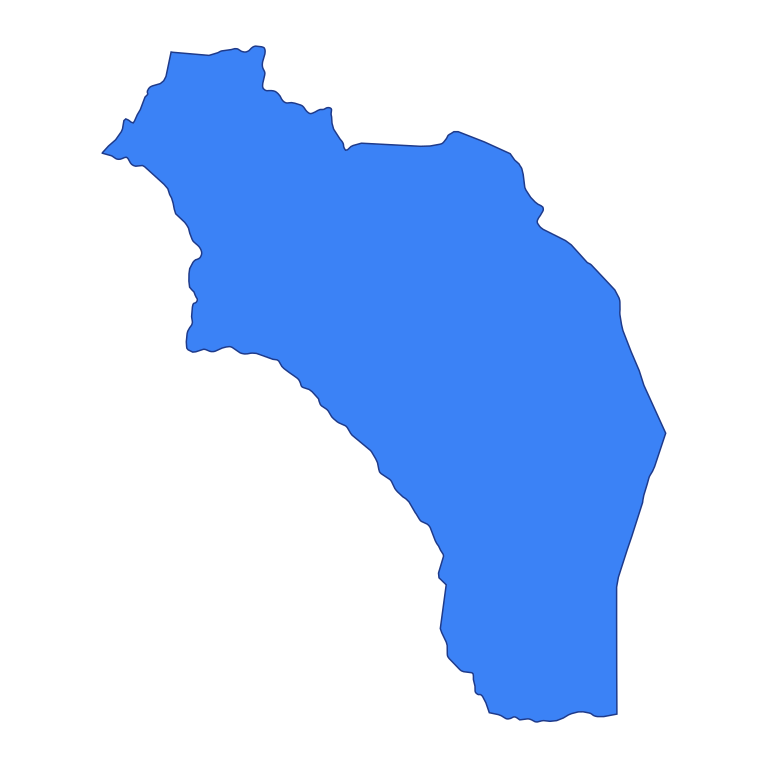 an SVG outline of La Rioja
{"feature_id": "ARG-1302", "entity_name": "La Rioja", "entity_type": "Province", "adm_level": 1, "iso_a3": "ARG", "parent_name": "Argentina", "parent_adm1": "", "projection": "natural_earth1", "projection_center": [-67.822, -29.835], "detail": "fine", "context": "isolated", "style": "filled", "palette": "blue", "viewbox_px": 768, "rotation_deg": 0, "n_neighbors": 0, "source": "natural_earth", "source_scale": "10m", "svg_char_len": 5651}
<svg xmlns="http://www.w3.org/2000/svg" viewBox="0 0 768 768"><path d="M133.2,122.9L134.4,121.2L137.3,114.7L140.3,109.6L145.0,97.1L147.6,94.5L147.7,93.3L147.3,92.3L147.4,91.0L148.7,88.5L150.3,86.9L152.4,85.9L160.3,83.6L163.7,80.8L166.0,76.4L171.1,52.0L172.9,52.3L209.0,55.4L217.9,52.7L220.5,51.3L221.8,50.9L231.2,49.6L234.6,48.7L236.0,48.7L237.1,48.8L238.0,49.1L240.9,51.0L242.0,51.5L244.1,52.0L245.3,52.0L246.3,51.9L248.4,51.0L249.0,50.6L250.1,49.5L251.1,48.4L252.7,47.1L254.2,46.4L255.6,46.1L261.7,46.8L263.2,47.3L264.1,47.8L264.5,48.5L264.8,49.2L265.0,50.0L265.1,50.9L265.1,51.8L264.9,53.9L262.7,61.5L262.5,62.6L262.3,64.5L262.4,66.3L262.8,68.0L263.1,68.7L264.5,71.5L264.7,72.2L264.9,73.1L264.8,74.0L264.7,75.0L262.8,83.2L262.6,85.3L262.6,86.2L262.7,87.1L263.2,88.3L263.2,88.5L263.5,88.8L265.2,90.2L266.3,90.6L267.3,90.7L268.9,90.6L271.4,90.6L273.5,90.9L274.8,91.3L275.7,91.7L277.0,92.7L278.2,93.8L280.1,96.1L281.5,98.9L282.7,100.6L284.1,101.9L285.2,102.5L286.3,102.9L287.2,103.0L291.4,102.6L294.8,103.2L300.6,105.0L301.9,105.6L302.6,106.1L303.7,107.2L305.0,109.0L305.4,109.7L306.9,111.5L308.6,112.9L309.8,113.5L310.9,113.6L312.4,113.2L315.1,112.0L317.7,110.5L319.8,109.6L320.5,109.5L322.6,109.5L324.0,109.3L326.1,108.1L327.1,107.7L328.9,107.6L330.3,108.0L331.1,108.6L331.5,109.4L331.5,110.3L331.1,113.5L331.1,114.4L331.6,116.9L332.0,123.2L333.5,128.7L333.8,129.4L340.0,139.0L342.0,141.4L342.8,142.7L343.1,143.4L343.4,144.2L343.7,146.7L344.3,148.3L345.5,150.2L347.5,149.8L350.9,146.6L353.1,145.5L361.4,143.2L420.4,146.3L430.1,146.0L440.1,144.2L441.9,143.6L443.1,142.7L444.1,141.6L446.4,138.6L447.0,137.6L447.3,136.9L447.7,136.1L448.1,135.4L448.6,135.0L449.4,134.4L450.9,133.6L453.9,131.7L458.2,131.7L484.3,141.9L510.2,153.7L514.7,160.1L519.0,163.9L520.1,165.9L521.1,167.3L521.6,168.2L521.9,169.0L523.2,174.5L524.8,187.5L526.0,190.2L530.7,197.4L535.0,201.9L537.4,203.8L538.1,204.3L541.0,205.7L542.8,207.1L543.1,207.9L543.3,209.2L543.2,210.2L542.8,211.2L540.3,215.5L539.2,217.0L538.5,218.1L537.5,220.1L537.2,221.4L537.3,222.4L537.5,223.2L539.5,226.2L540.7,227.5L543.2,229.4L565.5,240.6L571.3,244.9L587.3,262.6L590.1,264.0L591.3,264.9L614.8,289.9L619.0,297.9L619.7,300.3L619.9,302.0L620.0,309.6L619.8,312.5L619.9,314.6L621.5,324.5L622.9,330.5L631.2,351.9L639.2,370.6L643.9,385.3L665.7,433.2L654.6,466.6L652.5,471.3L649.7,475.9L649.0,477.6L647.2,484.1L643.8,495.3L642.9,500.0L642.6,502.5L631.7,536.6L629.0,544.5L627.2,549.8L618.4,577.2L616.6,587.1L616.6,615.2L616.7,671.4L616.9,714.1L603.7,716.6L597.5,716.6L595.4,716.2L594.3,715.8L593.4,715.4L591.4,713.9L590.7,713.5L589.3,713.0L583.1,711.8L578.2,711.9L571.6,713.6L568.6,714.8L563.3,718.0L556.7,720.6L550.0,721.3L543.6,720.6L541.8,720.8L537.6,721.9L536.1,721.9L535.0,721.7L531.5,719.8L529.6,719.1L528.3,718.9L527.3,718.9L520.4,719.8L519.6,719.8L519.4,719.6L516.7,717.7L515.3,717.0L514.3,716.9L513.4,717.0L510.6,718.4L508.4,718.9L507.2,718.9L506.2,718.7L504.9,718.0L501.2,715.7L498.3,714.6L489.3,712.7L485.9,702.8L482.5,696.3L481.2,695.0L480.1,694.5L479.3,694.6L478.4,694.6L477.3,694.1L475.9,692.9L475.3,691.9L475.1,690.9L475.0,686.2L473.4,679.5L473.4,678.6L473.4,676.0L473.1,673.9L472.4,673.1L471.5,672.7L463.7,671.7L462.0,671.1L461.2,670.7L459.9,669.7L449.2,658.6L448.1,657.1L447.5,655.8L447.3,654.1L447.2,645.5L446.3,642.2L441.7,632.6L440.3,628.6L446.2,584.8L439.0,577.8L438.5,573.1L443.5,556.4L443.4,555.1L443.1,554.2L440.6,550.3L438.6,546.1L436.8,543.6L435.3,540.8L430.2,527.5L428.9,525.6L427.7,524.5L427.0,524.0L421.4,521.4L420.4,520.6L419.5,519.4L416.1,513.8L415.2,512.6L409.0,501.9L406.8,499.7L405.6,498.6L402.8,496.8L397.4,491.7L395.7,489.7L394.8,488.4L391.5,481.5L390.7,480.3L389.9,479.5L381.2,473.7L380.2,472.7L379.5,471.8L379.3,471.0L378.8,469.4L377.5,462.7L375.7,458.8L371.6,451.9L370.5,450.5L352.2,435.3L350.7,433.4L347.3,427.6L346.4,426.6L345.5,425.8L339.0,422.9L337.2,421.8L333.6,418.8L331.7,416.8L328.2,410.9L327.3,409.9L326.4,409.1L321.7,406.0L320.8,405.1L320.2,404.2L319.1,401.2L318.5,398.8L312.1,391.7L309.2,389.5L303.2,387.5L302.2,387.0L301.5,386.3L301.2,385.6L300.9,384.9L300.5,383.3L299.6,381.2L298.6,379.5L296.9,377.9L289.2,372.5L284.0,368.6L281.9,366.5L278.8,361.1L277.8,360.3L276.8,359.8L272.9,359.3L256.4,353.4L252.4,353.1L250.7,353.2L247.5,353.8L245.6,353.9L244.2,353.9L242.1,353.5L240.8,353.1L239.9,352.7L232.2,347.4L230.7,346.8L229.4,346.6L226.1,347.0L222.3,348.0L215.4,351.1L214.4,351.4L213.2,351.6L211.2,351.6L209.6,351.2L205.8,349.6L204.5,349.3L203.4,349.3L195.8,351.8L192.7,352.1L188.1,349.8L187.5,349.1L186.8,348.1L186.6,346.4L186.3,341.8L187.1,333.7L187.6,331.7L187.9,330.9L189.7,327.7L191.6,325.1L192.0,324.1L192.4,322.6L192.3,321.1L191.6,316.7L192.4,307.0L192.9,304.8L193.5,303.6L194.2,303.2L195.0,303.0L195.8,302.6L196.5,301.9L197.2,300.6L197.3,299.6L197.2,298.8L196.8,298.1L196.3,297.5L195.1,295.0L194.0,292.0L191.6,289.6L189.6,287.2L188.9,281.2L189.0,273.8L189.7,268.6L193.0,262.3L194.2,260.9L195.6,259.8L197.0,259.4L198.8,258.6L200.2,257.5L201.4,255.0L201.7,253.3L201.6,251.9L201.0,250.0L200.6,249.1L199.9,247.9L199.0,246.6L197.6,245.2L194.3,242.4L192.9,240.9L192.0,239.1L189.8,233.3L188.5,228.1L186.7,225.0L184.7,222.3L175.7,213.8L174.3,209.3L173.1,203.1L171.6,198.1L169.7,194.6L167.8,188.7L164.0,184.3L144.6,166.7L143.4,166.0L142.3,165.5L135.7,166.2L134.6,165.9L133.4,165.5L131.7,164.4L130.9,163.5L130.3,162.7L128.1,158.7L127.3,157.8L126.4,157.3L125.6,157.3L124.1,157.7L122.8,158.3L120.6,159.1L118.9,159.3L117.1,159.1L116.0,158.7L114.9,158.0L112.3,156.2L111.3,155.7L102.3,153.2L102.4,152.7L108.5,146.0L115.6,139.8L121.3,131.7L122.5,128.9L123.9,120.6L125.8,118.9L128.5,120.1L131.2,122.2L133.2,122.9Z" fill="#3b82f6" stroke="#1e3a8a" stroke-width="1.5"/></svg>